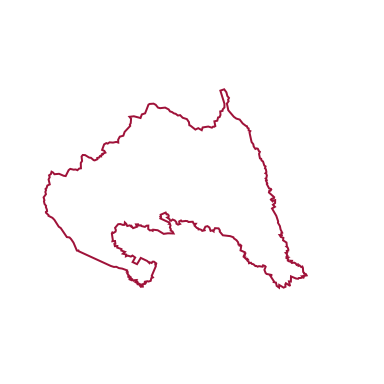 Ciénaga, Magdalena, Colombia, rotated 293°
{"feature_id": "7082276B78010874315873", "entity_name": "Ciénaga", "entity_type": "district", "adm_level": 2, "iso_a3": "COL", "parent_name": "Colombia", "parent_adm1": "Magdalena", "projection": "equal_earth", "projection_center": [-74.061, 10.857], "detail": "fine", "context": "isolated", "style": "outline", "palette": "rose", "viewbox_px": 384, "rotation_deg": 293, "n_neighbors": 0, "source": "geoboundaries", "source_scale": "gbopen_adm2", "svg_char_len": 6018}
<svg xmlns="http://www.w3.org/2000/svg" viewBox="0 0 384 384"><g transform="rotate(293 192 192)"><path d="M299.1,181.5L296.4,178.5L285.9,187.4L282.5,188.8L280.0,188.0L278.6,188.4L277.2,186.5L274.1,188.1L271.7,188.1L270.8,186.9L267.5,187.4L265.8,185.0L261.8,187.7L260.8,187.0L260.4,185.9L259.0,185.2L258.6,181.4L255.6,176.6L252.7,176.8L253.2,172.8L250.8,170.7L252.5,164.5L252.4,163.5L255.1,161.9L257.1,158.8L256.7,154.4L258.1,151.1L256.9,149.1L257.6,146.4L257.3,144.6L257.8,142.4L257.6,140.3L258.9,138.2L259.2,134.3L256.7,129.9L256.4,127.7L258.1,124.5L258.3,122.1L256.5,118.6L255.4,117.8L246.1,118.1L243.8,115.5L240.0,115.7L239.0,108.9L236.8,105.1L235.6,107.3L231.4,108.7L229.6,108.5L228.7,109.3L221.0,106.5L217.0,106.8L214.7,103.9L211.3,103.6L208.7,104.8L208.5,102.7L206.6,100.0L205.5,96.7L203.6,95.5L203.5,94.0L201.5,92.5L195.6,92.8L195.6,95.2L194.4,96.9L192.1,94.6L191.7,95.2L190.1,94.0L189.3,94.4L189.0,93.2L187.5,93.1L186.3,91.5L185.2,92.1L183.1,90.1L182.9,89.0L184.0,85.6L183.5,83.9L184.2,79.2L183.4,77.0L181.5,76.5L177.6,78.7L175.2,78.3L170.4,80.5L169.5,79.0L167.3,78.0L167.3,76.2L166.3,74.3L165.7,70.9L163.9,69.9L157.3,69.5L156.8,67.5L156.8,62.5L154.6,58.4L155.6,56.6L155.8,54.8L153.3,55.1L151.5,53.9L150.1,55.2L147.5,55.1L143.4,58.1L141.4,56.3L139.0,56.6L137.5,56.0L136.8,56.9L134.7,57.0L132.9,58.4L129.1,57.5L126.7,59.4L125.7,59.3L123.4,60.9L122.2,63.1L121.1,63.3L119.2,65.2L117.7,66.1L116.6,65.3L115.9,65.6L114.7,68.9L114.0,69.2L113.7,73.6L112.6,76.2L108.0,82.9L107.5,85.3L101.6,94.4L102.3,97.0L101.4,99.1L99.1,102.7L93.1,108.9L93.4,110.3L94.4,109.7L93.2,110.9L92.2,146.1L92.5,149.4L93.6,151.6L93.4,154.5L94.2,157.6L94.5,162.8L93.1,163.1L93.4,163.9L92.4,164.5L91.6,164.3L90.3,166.9L90.2,166.0L89.0,166.5L89.1,167.5L89.7,167.1L89.7,168.1L88.7,167.7L87.9,168.4L88.4,168.7L87.8,169.2L88.2,169.7L88.7,168.8L88.5,170.2L87.2,169.3L87.2,171.0L87.9,171.2L87.5,173.1L87.8,173.6L88.1,173.1L88.7,174.2L88.4,174.1L88.1,174.5L88.5,174.3L88.8,174.9L88.0,174.6L87.8,175.1L88.3,176.4L87.8,177.4L88.2,177.6L87.2,177.3L87.0,177.9L86.7,177.1L86.5,178.4L85.9,178.3L86.0,178.9L86.9,178.7L86.8,180.7L86.3,181.2L86.4,180.5L85.4,180.8L85.6,181.9L84.9,182.1L85.7,183.7L87.8,182.5L89.2,184.8L90.3,185.0L90.5,183.7L91.0,183.7L92.5,185.9L92.6,187.0L94.1,188.7L96.8,188.2L98.1,189.4L99.0,187.7L109.5,187.7L110.9,186.6L111.2,187.2L112.3,187.0L113.0,184.1L112.4,182.9L110.9,182.6L110.7,180.3L110.0,180.4L111.0,177.7L111.3,170.6L104.1,169.6L104.3,164.7L109.5,165.3L110.2,162.0L108.7,161.0L108.3,157.6L107.0,156.3L108.7,155.8L108.2,152.5L110.7,153.7L110.5,149.8L111.9,149.4L111.6,144.9L113.1,144.4L112.0,142.2L113.8,140.9L114.4,141.7L116.8,140.3L115.6,138.0L117.0,137.8L122.5,134.4L123.7,134.5L123.6,135.7L125.7,137.1L127.2,136.8L128.9,135.2L133.5,136.6L134.5,138.5L134.7,141.3L135.4,142.7L137.7,142.1L137.0,143.9L135.4,145.7L137.0,147.8L136.4,149.6L137.0,149.7L135.7,151.9L138.5,154.9L140.3,153.1L141.2,155.1L140.3,156.0L141.4,158.0L140.9,158.7L141.5,162.3L143.2,163.3L144.0,164.9L140.9,166.1L140.2,168.2L141.0,169.6L140.9,171.0L142.1,170.9L143.4,175.4L142.4,182.3L144.6,186.0L146.6,191.2L148.0,189.5L148.2,187.4L149.6,187.0L150.7,185.5L152.8,185.3L153.8,184.2L153.7,183.6L154.3,183.9L155.0,183.2L155.3,173.3L156.3,173.5L156.9,172.5L157.5,172.9L158.8,172.0L162.8,175.8L161.5,177.3L162.0,178.2L161.3,179.7L159.9,180.2L158.8,179.2L158.2,182.0L157.2,183.0L157.4,184.1L159.1,184.9L159.1,187.3L158.0,189.5L156.8,190.0L156.5,191.9L157.9,193.4L158.2,192.6L159.9,191.7L161.5,193.0L161.0,194.2L162.9,197.5L163.4,199.2L163.0,200.4L164.9,204.3L163.4,206.0L164.2,207.9L162.0,207.5L160.8,210.5L160.9,211.8L160.1,212.6L160.7,213.4L160.8,215.8L160.2,216.6L161.7,218.6L162.5,217.7L165.3,217.9L166.6,219.6L166.1,221.9L163.5,224.3L164.5,225.5L164.2,227.2L165.3,226.7L165.7,227.2L167.7,227.3L168.9,230.7L167.6,232.6L166.4,233.0L164.2,237.3L166.3,244.4L166.5,247.8L165.7,248.6L165.0,251.8L163.7,254.1L161.8,255.3L161.8,256.3L161.2,256.6L161.3,257.3L162.2,257.2L161.9,258.3L157.2,259.5L157.2,264.1L156.5,264.3L156.4,265.9L156.0,264.6L154.7,265.3L154.0,264.6L152.7,264.8L152.7,265.7L152.4,265.4L151.4,268.1L152.1,268.8L151.8,269.6L151.1,269.0L150.3,270.1L150.3,271.2L148.7,272.3L149.9,273.9L149.2,275.2L149.5,276.8L148.6,279.3L149.1,280.2L148.9,281.6L149.9,282.6L150.8,286.2L152.3,286.1L152.4,288.0L152.0,289.0L148.6,289.1L146.2,291.4L145.7,292.7L146.7,297.5L146.2,297.7L145.4,296.9L141.8,302.3L141.0,302.4L141.4,304.7L138.7,306.6L138.0,309.5L140.5,308.6L139.8,313.7L141.3,315.1L143.4,314.0L144.7,314.1L144.0,318.3L144.3,318.6L147.6,316.2L148.2,318.0L153.0,316.1L153.0,321.5L153.6,323.6L154.6,324.0L155.5,326.0L156.3,326.4L156.7,328.1L157.5,328.1L157.7,326.6L160.0,330.1L160.9,329.0L160.7,327.0L161.4,326.8L161.8,325.6L165.4,323.8L166.5,322.7L165.6,321.9L166.5,319.6L165.6,318.8L166.8,317.7L165.8,316.8L166.8,315.2L166.9,313.6L165.7,311.7L166.0,311.0L167.7,310.9L167.2,309.5L166.3,309.4L166.1,308.3L166.3,307.0L167.6,307.0L168.1,305.0L169.5,306.1L169.5,304.4L170.7,304.7L171.2,303.8L172.1,303.6L172.6,302.1L173.7,303.2L174.9,302.3L175.7,303.5L176.8,303.1L178.4,301.6L178.7,300.3L179.1,300.6L182.4,298.7L183.1,294.7L185.5,294.0L185.3,291.4L186.6,289.5L187.4,291.5L188.9,290.3L189.7,291.0L192.1,288.2L195.0,286.2L197.3,283.1L198.6,282.8L203.0,278.9L208.1,272.1L210.8,274.1L211.9,271.5L214.3,272.8L217.0,271.7L215.9,270.2L214.9,269.9L215.8,267.6L216.7,267.9L218.5,269.8L219.3,269.7L221.6,263.0L223.2,262.7L223.8,263.7L225.2,264.0L225.7,263.4L225.4,261.6L228.6,257.7L229.4,257.9L231.3,255.7L232.1,256.2L233.2,254.5L233.8,255.0L236.4,254.5L238.0,253.1L238.0,252.3L239.4,252.7L241.8,251.1L242.3,249.9L244.3,249.7L244.6,248.2L247.8,245.5L248.2,243.7L249.6,242.7L249.5,241.4L253.3,238.8L255.5,238.8L255.8,237.6L257.5,235.7L257.4,234.5L256.4,233.5L258.0,231.0L259.9,229.8L261.3,227.3L269.2,221.7L270.8,221.9L270.8,220.1L272.6,219.3L272.8,217.9L274.0,216.9L273.9,215.8L274.9,211.9L277.3,207.6L276.9,204.1L277.6,201.1L281.4,193.5L287.0,189.6L289.9,190.2L290.9,189.2L293.0,189.3L294.2,187.0L297.2,184.7L299.1,181.5Z" fill="none" stroke="#9f1239" stroke-width="2"/></g></svg>